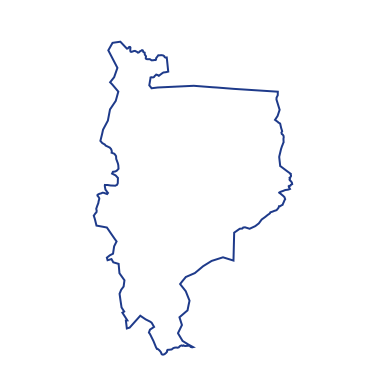 the district of Eloxochitlán de Flores Magón, Oaxaca, Mexico, rotated 173°
{"feature_id": "50627088B32131961110957", "entity_name": "Eloxochitlán de Flores Magón", "entity_type": "district", "adm_level": 2, "iso_a3": "MEX", "parent_name": "Mexico", "parent_adm1": "Oaxaca", "projection": "orthographic", "projection_center": [-96.869, 18.197], "detail": "fine", "context": "isolated", "style": "outline", "palette": "blue", "viewbox_px": 384, "rotation_deg": 173, "n_neighbors": 0, "source": "geoboundaries", "source_scale": "gbopen_adm2", "svg_char_len": 4466}
<svg xmlns="http://www.w3.org/2000/svg" viewBox="0 0 384 384"><g transform="rotate(173 192 192)"><path d="M276.7,253.9L275.1,251.5L272.7,249.7L272.1,248.6L270.2,247.4L268.2,246.1L267.1,244.5L266.7,242.9L266.7,241.7L267.0,240.8L264.4,239.4L263.5,237.9L263.0,236.8L263.2,234.1L262.1,229.5L261.9,227.6L262.1,224.0L264.1,222.3L265.8,221.7L268.0,221.7L269.1,220.0L265.8,217.8L263.8,215.0L264.6,209.8L265.5,208.3L267.4,207.6L269.7,208.0L272.1,208.4L274.8,209.2L277.6,209.6L277.8,208.9L277.8,207.4L277.6,204.8L276.9,203.8L276.5,202.8L275.5,201.3L276.5,200.3L279.6,201.9L280.9,202.2L282.4,201.7L283.4,201.6L284.4,201.4L285.3,201.1L286.1,200.7L286.3,199.9L285.6,198.9L285.1,197.8L284.8,197.1L284.9,196.4L285.7,194.5L286.0,193.6L286.3,192.5L287.9,189.5L289.1,187.0L288.9,184.9L289.4,183.4L290.5,182.6L291.7,181.2L292.4,180.5L291.8,177.5L291.6,176.1L290.9,170.3L285.1,168.5L281.4,167.3L280.8,167.1L279.8,165.2L278.0,161.7L276.8,159.4L274.5,155.0L272.9,152.1L275.9,147.6L277.9,140.4L281.2,139.2L284.5,137.2L284.1,134.6L280.1,135.2L278.7,131.8L273.6,129.6L273.9,120.2L269.8,112.6L271.4,106.5L274.2,103.6L276.3,99.8L276.2,93.8L276.0,86.0L273.9,81.6L275.8,80.7L271.8,72.4L273.3,72.4L273.3,64.5L270.4,65.0L258.4,75.5L253.5,71.2L249.3,68.4L248.0,67.2L246.8,64.4L246.1,62.7L250.5,60.5L251.9,57.7L251.0,56.1L248.4,48.7L246.6,42.1L245.9,40.5L245.3,40.5L244.4,39.6L243.9,39.1L243.3,38.3L242.4,36.8L242.2,36.2L242.1,35.3L241.6,34.5L240.7,34.1L239.7,34.2L238.8,34.5L238.1,35.0L237.8,35.2L237.4,35.4L236.7,36.1L236.2,36.5L236.0,37.8L235.5,38.3L233.3,38.2L231.4,38.2L229.6,39.3L228.2,39.6L226.7,39.6L225.4,39.2L224.1,39.4L222.8,40.5L221.1,41.0L219.9,40.4L219.3,40.8L217.7,40.0L215.4,39.9L213.2,39.8L212.8,39.3L212.2,38.4L210.8,37.8L209.8,37.9L214.4,41.2L219.5,45.3L222.6,52.3L223.1,53.5L223.0,53.8L218.2,61.2L219.6,68.6L219.7,69.2L212.8,73.8L210.9,75.0L209.3,79.8L207.7,84.4L210.3,94.3L214.5,101.2L215.0,102.1L212.7,104.4L208.5,108.4L199.0,111.2L190.0,117.0L180.9,121.2L169.2,123.4L159.2,118.9L158.8,121.5L155.1,146.5L149.1,149.7L146.5,149.6L145.5,150.5L143.7,150.5L139.3,148.5L133.4,150.4L129.5,152.7L126.2,156.2L122.4,158.3L120.0,159.8L119.9,159.9L119.3,160.2L118.3,160.7L117.2,161.4L116.8,162.2L116.6,162.3L114.5,162.7L112.4,163.3L110.9,163.5L110.0,163.9L108.3,165.5L107.5,166.8L107.3,167.3L106.4,167.1L105.6,167.5L104.5,168.0L103.7,168.2L102.8,169.8L102.1,170.9L101.3,172.4L100.4,173.5L100.9,175.7L102.1,177.2L104.1,179.3L104.7,180.0L105.3,180.3L105.5,180.8L104.9,181.1L104.0,181.4L102.8,181.7L101.7,181.9L100.3,182.3L100.0,182.4L99.0,182.6L97.2,182.6L95.8,182.7L94.4,183.1L95.2,185.0L95.3,186.0L94.8,186.3L94.2,186.1L93.7,186.2L93.4,186.4L93.0,187.1L92.1,187.4L91.6,187.6L91.7,189.1L92.2,190.1L92.7,190.9L93.4,191.6L93.7,192.3L93.1,193.1L93.5,194.1L92.8,194.6L92.3,195.0L91.8,195.7L91.7,196.7L92.1,197.6L91.8,198.0L92.1,198.3L95.0,201.0L100.7,206.5L101.3,207.0L101.2,215.8L101.1,216.5L99.5,220.8L98.3,224.0L97.9,224.8L97.1,226.5L96.4,227.7L95.6,229.3L95.0,230.2L95.0,230.5L94.8,233.0L94.7,233.7L94.7,233.9L94.3,235.1L94.3,236.5L94.8,237.6L95.1,238.0L95.8,238.6L96.0,240.1L95.1,241.3L95.7,244.6L96.0,247.4L96.0,247.7L96.2,249.2L97.9,250.5L98.0,250.8L100.8,253.5L97.8,257.0L95.0,262.9L96.9,273.5L96.6,275.3L95.1,277.6L94.6,281.1L138.1,289.3L154.7,292.7L159.0,293.5L177.3,297.2L213.2,299.9L215.2,299.9L219.5,299.9L219.7,300.3L221.4,303.1L219.8,308.5L219.5,309.4L219.2,310.7L218.4,310.9L217.4,310.6L216.5,310.5L215.6,310.8L214.8,311.8L214.6,311.9L214.0,312.2L213.2,312.9L212.7,312.7L212.4,312.5L211.7,312.3L211.0,311.4L210.6,311.4L209.4,312.2L208.1,312.9L206.9,313.6L206.5,313.8L205.8,314.1L203.3,314.1L200.9,314.4L200.9,315.7L200.7,326.4L200.7,328.6L201.9,328.6L202.7,329.2L203.0,330.2L204.1,331.1L205.9,331.6L207.5,331.6L208.8,331.8L210.2,330.3L211.3,329.2L211.5,328.0L212.0,327.4L212.9,327.6L214.0,327.5L216.0,327.6L217.7,329.0L219.1,329.1L220.3,329.3L221.0,329.5L221.6,330.1L221.6,330.5L221.1,332.3L222.1,334.1L222.1,334.8L222.0,336.1L223.2,336.8L223.6,338.5L224.3,338.9L225.9,338.1L226.8,337.9L227.3,337.3L227.9,337.0L228.7,336.9L229.4,337.7L231.4,339.0L232.5,339.0L234.7,338.5L235.4,338.5L235.9,338.9L236.0,339.4L236.0,340.2L235.9,340.9L235.5,342.9L235.7,343.4L236.1,343.6L236.7,343.6L238.2,342.3L239.1,342.2L240.6,344.2L243.9,348.7L244.8,349.9L250.2,349.8L252.7,349.7L257.8,342.8L254.6,334.2L250.9,324.3L255.3,315.4L259.9,310.9L258.0,308.4L252.9,300.6L256.6,291.7L263.3,284.0L266.8,273.1L272.7,264.7L274.1,260.7L276.7,253.9Z" fill="none" stroke="#1e3a8a" stroke-width="2"/></g></svg>